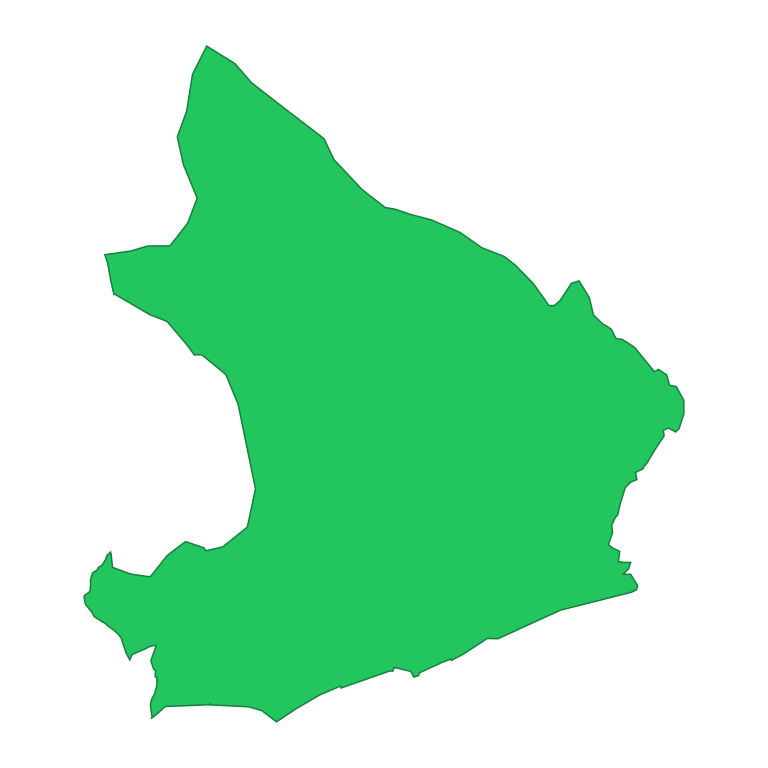 Commonwealth 1, Montserrado, Liberia (Natural Earth projection)
{"feature_id": "62588387B86192689871255", "entity_name": "Commonwealth 1", "entity_type": "district", "adm_level": 2, "iso_a3": "LBR", "parent_name": "Liberia", "parent_adm1": "Montserrado", "projection": "natural_earth1", "projection_center": [-10.681, 6.392], "detail": "fine", "context": "isolated", "style": "filled", "palette": "green", "viewbox_px": 768, "rotation_deg": 0, "n_neighbors": 0, "source": "geoboundaries", "source_scale": "gbopen_adm2", "svg_char_len": 2791}
<svg xmlns="http://www.w3.org/2000/svg" viewBox="0 0 768 768"><path d="M206.7,46.1L201.9,55.6L192.5,74.4L186.7,111.1L177.3,136.9L182.5,160.4L183.4,164.6L197.2,198.2L195.4,202.9L187.8,223.0L170.0,245.9L147.8,246.0L130.7,251.0L104.8,254.7L107.6,262.7L110.6,280.0L111.3,282.9L113.9,294.4L114.4,294.0L148.3,313.8L149.6,314.6L167.0,321.4L186.9,344.8L193.3,353.5L194.3,354.9L201.8,354.8L225.9,374.6L234.8,396.2L238.1,404.1L252.9,476.3L255.5,488.7L251.6,507.2L247.3,527.1L222.6,547.0L205.7,550.8L204.1,547.9L185.6,541.6L178.8,546.6L177.1,547.9L168.4,554.6L166.1,556.9L153.8,572.4L151.3,575.5L149.8,576.7L146.9,576.4L143.0,575.9L130.6,574.0L115.2,568.4L112.5,567.3L111.2,554.5L110.8,554.8L110.8,554.3L110.6,552.1L110.0,552.7L106.7,555.7L106.9,556.0L105.8,559.1L102.3,564.8L101.7,565.5L98.3,567.4L98.1,567.9L96.8,570.3L96.0,570.8L92.5,572.9L91.0,578.1L90.5,579.7L90.6,585.0L90.1,590.6L89.1,592.2L85.8,594.5L84.5,595.4L84.3,596.2L84.1,597.0L85.2,603.1L85.4,604.0L85.5,604.4L90.7,610.8L91.0,610.6L92.2,612.7L92.4,613.2L94.3,616.8L98.7,619.4L102.8,622.3L103.1,622.0L107.3,625.1L107.2,625.4L112.5,629.2L118.0,633.8L121.1,638.0L124.1,646.9L125.1,650.3L125.3,650.4L126.1,652.9L129.8,659.9L132.2,654.5L138.0,652.0L144.7,649.0L146.3,648.3L149.4,646.7L153.9,645.5L154.1,645.4L155.9,645.6L155.6,647.0L150.9,660.7L153.7,669.3L155.6,670.5L155.1,676.5L156.9,677.9L156.9,685.3L154.7,693.6L151.4,699.8L150.4,705.0L150.5,706.1L152.1,717.2L151.0,718.6L156.8,714.2L165.3,706.5L167.8,706.4L207.8,704.8L210.2,704.9L210.3,703.1L210.5,704.9L248.5,706.8L261.8,710.6L275.4,721.0L276.4,721.9L289.9,712.9L295.5,709.1L319.4,695.1L340.3,686.1L340.9,688.0L341.7,687.8L390.0,670.9L391.9,671.1L392.9,671.1L394.1,667.7L394.7,667.5L410.9,671.5L413.1,675.7L413.8,677.0L418.3,675.7L419.7,672.7L441.6,662.6L450.9,659.0L451.4,660.4L463.4,654.1L481.5,642.3L487.2,638.5L498.0,638.7L500.2,637.7L560.6,610.1L563.4,609.4L631.3,592.3L636.5,589.7L637.6,585.6L630.7,574.3L623.2,574.3L628.6,568.8L630.7,562.4L623.8,562.4L618.4,561.7L619.7,551.4L612.9,548.2L608.4,544.7L612.5,532.8L611.8,524.9L615.2,517.7L617.9,514.5L619.9,505.0L625.3,487.6L628.6,484.3L630.8,482.0L636.9,479.6L635.5,472.5L643.4,468.5L643.4,467.2L645.0,465.4L647.1,462.9L654.6,450.2L664.1,435.9L663.4,430.4L668.2,428.0L675.7,431.9L679.1,428.6L683.9,413.6L683.8,400.2L676.2,386.6L669.5,385.2L666.7,374.9L658.5,369.4L654.4,371.7L634.5,347.3L622.2,339.4L616.0,338.6L611.2,329.1L602.3,323.6L593.4,314.9L589.3,297.5L585.1,290.7L579.0,280.9L571.5,283.3L559.9,300.8L554.5,305.5L549.0,305.6L533.2,283.4L515.4,265.3L504.5,256.6L497.8,254.0L481.6,247.6L460.3,232.6L431.6,220.0L411.1,214.6L394.7,209.1L385.1,207.5L371.7,197.1L361.9,189.4L333.8,159.4L329.2,149.6L324.1,138.8L317.2,133.4L283.1,107.3L251.6,82.8L234.8,63.5L206.7,46.1Z" fill="#22c55e" stroke="#15803d" stroke-width="1.5"/></svg>